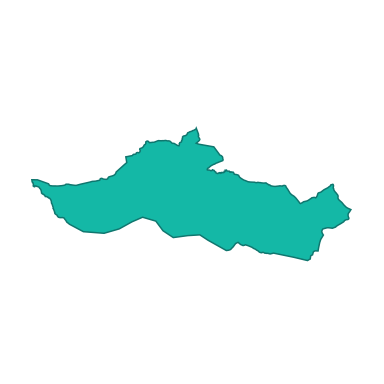 Gomoa West, Central, Ghana, rotated 103°
{"feature_id": "2480657B81635079362570", "entity_name": "Gomoa West", "entity_type": "district", "adm_level": 2, "iso_a3": "GHA", "parent_name": "Ghana", "parent_adm1": "Central", "projection": "equal_earth", "projection_center": [-0.84, 5.386], "detail": "fine", "context": "isolated", "style": "filled", "palette": "teal", "viewbox_px": 384, "rotation_deg": 103, "n_neighbors": 0, "source": "geoboundaries", "source_scale": "gbopen_adm2", "svg_char_len": 5997}
<svg xmlns="http://www.w3.org/2000/svg" viewBox="0 0 384 384"><g transform="rotate(103 192 192)"><path d="M216.1,350.8L217.8,350.1L218.0,350.1L218.2,349.7L218.6,349.4L218.8,349.4L219.0,348.8L219.4,348.7L220.4,348.2L220.8,348.2L221.3,347.5L221.6,347.7L221.9,347.5L222.0,347.7L222.4,346.9L222.3,346.6L222.1,346.3L221.4,346.0L221.2,345.6L221.5,344.0L221.4,343.5L221.5,343.0L221.7,342.2L222.6,341.3L222.9,340.7L223.8,339.8L224.9,339.1L226.0,338.7L226.6,338.3L226.9,338.3L227.1,337.8L227.3,337.7L227.6,337.2L227.6,336.2L227.9,335.7L228.2,335.4L228.4,334.8L228.9,334.2L229.4,334.0L229.4,333.7L229.2,332.5L229.2,332.2L229.7,331.1L229.6,330.9L229.9,330.6L230.1,330.2L230.0,329.5L230.8,328.4L232.2,327.2L234.6,326.3L235.3,325.6L238.3,323.8L239.1,323.5L239.4,323.6L239.6,323.2L242.6,321.2L242.9,321.2L243.1,320.9L243.8,320.8L244.2,320.2L244.9,318.5L245.1,318.1L245.9,317.6L246.2,317.0L246.4,316.9L246.6,316.5L246.7,315.6L246.5,313.9L246.3,313.4L246.0,312.3L246.1,311.9L246.0,311.5L246.0,311.1L246.9,310.0L247.3,309.6L248.0,308.6L249.0,307.7L249.4,307.2L249.7,307.0L249.9,306.3L251.0,304.1L255.1,288.9L252.0,268.4L244.3,254.6L234.5,243.7L227.7,234.5L228.5,220.7L236.3,211.5L240.6,200.0L235.4,186.2L232.0,174.7L235.4,165.5L241.3,145.4L240.6,143.5L239.9,142.2L239.3,141.4L238.0,140.7L236.1,139.5L233.0,138.2L232.4,137.8L232.0,137.5L230.7,135.8L232.2,132.9L232.7,130.2L231.9,128.6L231.4,128.2L231.7,125.1L232.4,121.0L233.1,119.4L233.5,117.2L234.1,116.0L234.5,114.4L235.2,113.3L235.5,112.4L235.6,111.6L235.5,110.4L235.2,110.2L235.1,109.8L234.8,109.4L234.8,108.5L235.2,107.5L235.1,106.9L235.0,105.5L234.7,104.4L234.8,102.4L234.7,101.7L233.2,98.8L232.7,77.9L232.8,64.0L231.3,62.5L230.7,61.7L227.6,62.0L226.8,61.3L226.1,60.4L223.2,60.3L222.3,59.7L221.6,58.6L221.1,55.9L217.6,56.1L212.6,56.2L209.3,55.9L204.4,54.3L204.2,54.6L202.7,55.9L201.6,56.6L200.3,56.7L198.7,56.3L197.9,55.0L197.0,53.3L196.5,52.4L196.1,50.8L195.7,47.0L193.8,44.1L193.3,44.0L191.2,42.0L189.7,40.3L187.0,37.6L186.3,37.2L185.8,37.1L185.4,36.8L185.0,36.4L184.3,35.5L183.9,34.3L183.5,33.6L182.8,33.2L182.1,33.3L181.0,34.1L180.0,34.6L178.4,34.9L177.3,34.7L175.8,34.0L173.4,33.2L173.3,33.7L172.7,36.7L172.2,38.2L170.5,41.0L168.5,43.6L166.7,46.9L165.8,48.0L164.8,48.5L163.3,48.7L162.6,49.0L162.3,49.2L160.9,50.9L160.4,51.5L159.9,52.3L158.6,53.8L158.1,54.2L156.9,54.7L156.4,55.3L154.1,55.5L153.1,56.0L152.8,56.5L153.9,58.4L155.1,58.7L156.1,59.7L157.2,60.5L160.1,63.9L163.0,66.3L163.5,66.9L164.1,68.1L164.6,68.7L164.9,68.9L165.4,69.0L167.7,69.2L168.9,69.6L169.7,70.0L169.9,70.2L169.7,71.0L169.7,71.5L169.9,72.1L170.1,72.7L170.8,74.1L171.4,74.3L171.5,74.6L174.1,77.0L175.0,78.2L176.3,80.9L176.6,81.3L177.6,82.1L178.9,83.8L178.7,84.4L177.9,85.2L174.4,89.6L173.2,91.6L172.2,94.4L171.1,96.2L167.7,99.5L166.0,101.5L165.4,101.7L165.0,102.1L164.8,102.7L164.8,103.5L165.3,104.8L165.9,105.2L166.2,107.7L166.8,109.2L167.9,112.3L168.2,114.5L168.2,116.8L167.6,117.8L167.8,118.8L167.4,119.5L166.9,121.2L166.5,121.9L167.2,124.2L167.5,126.7L167.5,127.8L167.7,128.5L167.7,129.3L167.8,130.1L168.2,130.8L168.4,131.3L168.5,132.2L168.4,133.2L169.1,136.9L169.4,139.7L168.9,142.4L168.7,144.3L167.6,147.4L166.9,148.9L166.2,149.6L165.3,150.3L165.2,150.6L165.1,151.1L165.0,152.6L165.2,154.7L163.5,156.1L163.7,156.5L163.7,156.8L163.5,157.0L163.7,157.6L163.6,158.1L163.9,158.2L164.0,158.4L163.8,158.8L164.2,159.2L164.2,159.4L163.7,159.6L163.7,159.9L163.3,160.4L163.6,161.7L163.5,163.2L162.9,163.4L163.4,164.7L164.4,164.3L164.7,164.5L164.9,164.8L164.9,165.2L164.9,165.3L165.6,165.2L165.9,165.4L166.3,166.6L166.1,167.2L166.8,167.6L166.6,167.9L166.7,168.3L167.4,168.7L167.3,168.9L166.9,169.3L167.1,169.7L167.4,169.9L167.6,170.6L168.0,170.7L168.2,171.2L168.3,171.5L168.1,172.7L167.7,173.1L167.2,173.3L167.0,174.2L166.8,174.6L166.3,174.9L166.2,175.4L165.9,175.6L166.0,176.2L166.0,176.4L165.7,176.9L165.7,177.1L165.9,177.2L166.3,177.2L166.5,177.3L167.0,178.3L167.0,178.5L166.7,179.7L166.8,180.2L166.8,180.8L167.0,181.3L167.0,182.1L166.8,182.2L166.0,182.2L165.3,182.0L164.7,181.1L164.0,180.8L162.1,179.3L159.9,176.8L159.8,176.3L158.3,174.8L157.6,173.5L157.4,173.4L154.5,169.1L154.2,169.0L153.5,169.0L152.2,169.7L151.4,169.9L150.8,170.3L150.3,171.1L150.0,171.7L149.6,173.5L148.8,174.2L143.1,180.9L143.9,196.3L143.5,198.9L141.7,197.5L140.5,196.7L139.9,196.4L139.1,196.2L138.6,196.4L136.6,198.3L136.3,198.3L135.5,198.2L134.9,198.7L134.3,198.6L128.9,202.2L129.6,202.3L130.1,202.6L130.6,203.2L131.4,204.0L132.0,205.1L132.8,205.9L133.9,207.8L134.8,208.7L135.2,209.4L135.6,209.6L135.9,209.6L136.5,209.8L137.2,209.8L137.9,210.5L138.3,210.7L138.7,211.4L139.3,212.7L139.6,213.1L140.2,213.4L140.5,213.6L141.3,213.3L141.9,213.6L143.1,213.2L143.6,213.4L143.9,213.7L144.0,213.6L145.4,213.6L145.9,213.9L146.1,214.2L146.4,214.7L146.7,215.0L147.1,215.0L147.7,215.3L148.7,214.9L149.9,215.1L149.9,216.5L149.8,216.9L148.7,220.3L148.7,220.7L149.0,222.2L147.6,224.6L147.4,225.1L147.4,226.2L147.7,227.1L147.7,229.0L147.8,229.6L148.4,231.2L148.7,232.6L149.0,233.4L149.5,236.3L149.9,237.0L152.1,240.2L152.4,241.5L153.1,243.4L153.5,244.7L152.5,245.8L152.4,247.2L153.6,248.3L155.1,247.9L156.1,248.3L156.4,248.5L156.7,248.9L157.1,249.2L158.3,249.4L159.0,249.7L160.2,250.6L160.9,251.6L161.4,252.5L162.4,252.5L163.5,251.6L164.4,251.8L165.2,252.1L165.8,252.7L165.7,253.7L166.0,254.5L166.4,255.0L166.9,255.0L167.8,255.4L168.5,257.5L168.8,257.8L169.6,258.1L170.0,258.4L171.1,261.0L172.1,263.1L172.4,264.0L172.6,264.4L178.0,262.2L179.5,263.2L179.9,263.6L189.6,270.4L191.2,270.5L192.8,271.4L193.5,272.2L194.1,273.0L195.4,275.4L196.1,276.5L196.4,276.7L197.2,277.0L197.9,277.1L198.2,277.3L198.8,278.0L199.0,278.5L199.4,281.3L199.1,282.1L199.0,283.1L199.6,284.3L200.2,284.3L201.3,284.6L203.2,288.6L204.1,291.6L205.3,293.7L209.5,302.4L211.6,306.3L211.9,308.0L212.3,312.5L212.2,313.5L212.2,314.0L212.6,316.0L212.8,316.6L213.1,316.8L214.0,317.6L215.2,320.5L216.3,323.9L217.5,329.4L217.7,331.5L217.7,331.9L217.5,332.5L217.3,332.7L216.3,333.6L214.9,345.4L216.1,350.8Z" fill="#14b8a6" stroke="#0f766e" stroke-width="1.5"/></g></svg>